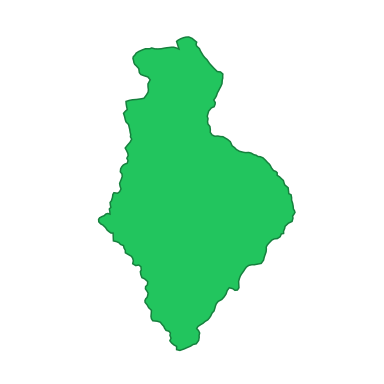 the district of Novo Horizonte do Norte, Mato Grosso, Brazil, rotated 259°
{"feature_id": "56859067B35028865245170", "entity_name": "Novo Horizonte do Norte", "entity_type": "district", "adm_level": 2, "iso_a3": "BRA", "parent_name": "Brazil", "parent_adm1": "Mato Grosso", "projection": "natural_earth1", "projection_center": [-57.299, -11.385], "detail": "fine", "context": "isolated", "style": "filled", "palette": "green", "viewbox_px": 384, "rotation_deg": 259, "n_neighbors": 0, "source": "geoboundaries", "source_scale": "gbopen_adm2", "svg_char_len": 3930}
<svg xmlns="http://www.w3.org/2000/svg" viewBox="0 0 384 384"><g transform="rotate(259 192 192)"><path d="M130.0,266.9L131.3,270.0L133.8,271.7L133.8,274.0L136.1,274.4L138.5,276.0L140.5,276.8L141.8,278.8L143.0,280.7L144.0,284.6L147.0,286.1L149.2,286.2L150.7,287.8L152.3,289.2L154.2,289.0L155.9,288.3L159.1,288.6L161.9,288.6L164.9,288.2L167.5,288.7L170.4,288.7L171.9,286.7L174.0,286.9L177.8,287.2L179.7,285.7L181.3,284.4L183.3,284.1L185.9,283.9L187.9,282.4L190.2,280.8L192.1,278.8L194.7,279.3L196.2,278.2L197.5,276.1L200.5,274.6L203.1,273.9L204.8,273.1L206.5,271.8L209.2,270.2L212.0,268.2L213.6,265.8L214.3,263.4L215.8,262.1L216.8,259.9L218.9,257.5L220.0,255.2L220.4,252.2L221.1,250.2L222.9,246.4L225.2,243.7L227.4,242.3L229.7,240.2L232.4,239.6L234.1,239.2L236.8,237.0L238.9,234.6L240.4,232.9L241.0,230.5L242.0,228.1L242.4,225.0L244.2,222.6L247.1,221.3L249.7,221.9L252.9,222.1L255.8,220.6L258.2,220.7L260.9,221.7L263.5,221.4L266.0,222.7L268.2,223.8L270.9,227.1L271.5,230.0L273.7,231.4L275.4,231.9L278.2,230.9L280.0,232.9L281.9,234.4L284.6,235.9L286.3,237.4L287.8,238.5L290.0,240.3L292.6,242.1L296.2,243.1L297.9,243.9L300.2,244.3L301.9,244.8L304.4,242.9L305.4,239.8L309.5,237.0L314.9,233.7L317.0,232.8L319.1,231.9L321.5,230.2L323.8,229.0L328.5,227.3L331.4,226.6L334.3,224.4L336.3,224.2L338.2,225.2L340.5,223.3L342.8,221.4L344.8,218.4L345.2,215.6L345.1,213.1L344.6,210.2L343.7,207.3L342.8,205.6L334.8,206.5L336.5,203.9L337.6,201.7L338.0,199.7L338.2,197.0L338.4,194.9L338.5,192.1L338.5,189.1L338.9,186.0L339.6,182.9L341.1,179.9L340.7,177.9L341.5,173.6L341.0,170.5L340.1,166.5L339.0,163.7L337.6,162.4L335.9,160.1L334.3,159.5L332.2,159.7L330.0,159.7L328.3,160.1L326.3,161.5L323.3,163.3L321.3,163.2L319.2,163.1L317.1,164.2L315.3,167.1L313.4,170.6L310.1,172.4L306.5,169.4L303.7,168.9L300.6,168.7L298.3,167.9L295.5,165.3L293.2,162.7L293.2,159.7L293.4,155.4L293.9,151.2L293.9,147.9L293.5,144.5L291.2,144.2L288.2,144.1L285.3,144.2L284.1,142.1L282.3,139.8L278.9,140.2L275.6,140.3L273.4,140.6L270.3,142.6L267.6,142.7L265.3,142.8L262.5,142.7L260.0,142.8L257.9,142.1L255.4,142.9L252.6,140.6L250.3,137.6L247.9,134.8L245.1,135.7L242.3,136.4L239.9,136.3L237.6,134.5L234.9,135.2L232.5,133.8L232.3,131.8L231.6,129.7L230.2,127.9L228.4,126.4L225.5,125.5L223.1,126.7L220.6,126.5L218.0,125.0L214.3,122.6L211.7,122.5L208.5,122.9L206.0,120.9L205.0,118.7L206.2,115.2L204.6,113.8L201.9,112.9L198.7,111.2L197.4,109.6L194.9,109.4L192.4,109.4L191.1,107.6L188.5,107.6L185.9,107.3L187.0,105.3L186.8,103.2L185.5,101.2L185.1,99.0L184.3,96.4L183.0,95.1L180.5,94.8L178.1,96.3L176.7,98.1L173.6,100.3L170.7,101.5L168.9,103.0L167.2,104.6L166.7,106.7L159.0,105.5L157.7,108.4L156.2,110.6L154.2,111.8L152.5,114.5L150.0,114.6L147.6,115.4L145.0,115.0L140.4,120.3L138.3,121.1L135.7,121.3L132.9,120.1L130.5,122.7L130.5,125.8L128.4,127.6L125.1,127.3L123.7,126.1L120.6,126.0L117.5,126.5L115.8,128.9L112.5,131.4L109.5,130.6L108.0,128.4L105.8,127.8L103.3,128.9L101.1,129.6L98.8,128.7L97.1,127.8L96.0,126.2L94.4,125.1L92.6,124.9L89.6,126.5L86.7,127.4L83.6,129.6L80.8,128.9L77.7,128.0L75.4,128.0L73.1,128.9L71.8,133.1L70.3,136.0L67.4,137.5L65.4,138.7L63.7,139.0L61.1,140.1L59.7,142.8L57.7,143.9L55.5,143.0L52.5,143.5L50.2,141.9L47.8,143.1L45.4,145.0L43.4,147.4L40.2,146.8L38.8,149.9L39.5,154.6L40.1,157.1L41.0,161.3L42.1,163.9L42.2,167.2L45.0,170.2L47.9,171.3L49.9,171.6L52.1,172.6L54.9,171.9L57.0,170.5L58.9,172.2L60.3,175.6L61.0,177.7L62.4,180.1L63.5,183.1L65.2,185.2L66.7,186.7L69.3,188.6L71.0,190.9L73.6,192.3L75.7,193.3L77.6,194.5L79.6,196.8L80.8,200.7L82.8,203.4L85.3,205.9L88.6,207.8L90.9,210.3L89.3,213.6L87.3,215.4L87.1,217.9L89.0,219.8L95.3,220.7L98.0,222.0L100.3,223.4L102.0,224.9L104.4,227.5L105.9,228.9L107.9,231.0L109.1,233.7L109.2,237.0L108.7,239.2L108.7,243.3L108.7,246.3L111.4,249.2L114.3,250.5L116.7,251.9L119.1,253.3L121.8,254.1L123.7,254.3L125.5,255.7L127.2,257.8L129.6,261.3L130.3,263.9L130.0,266.9Z" fill="#22c55e" stroke="#15803d" stroke-width="1.5"/></g></svg>